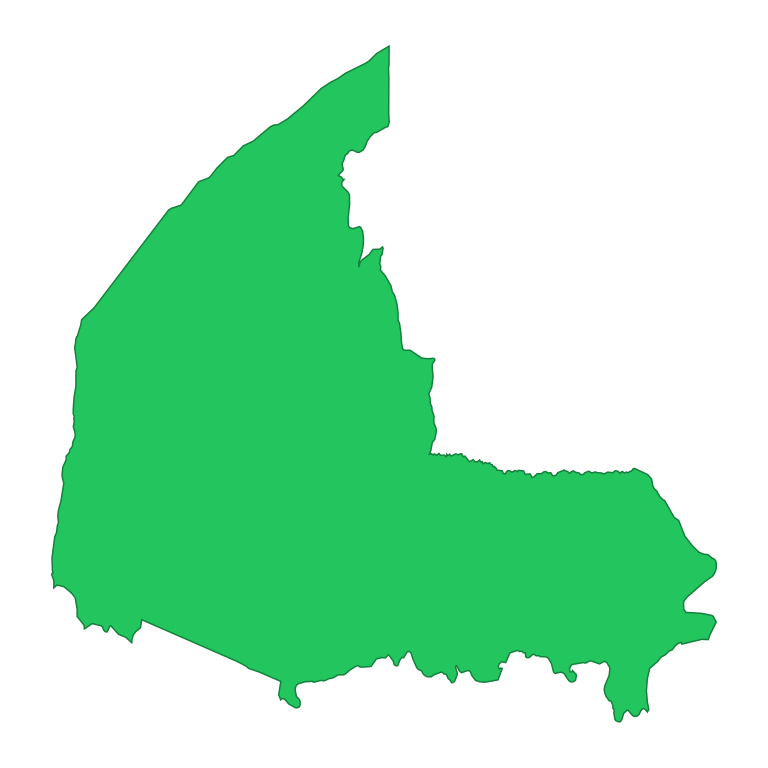 Bolomba, Équateur, Democratic Republic of the Congo
{"feature_id": "63176286B53001735211155", "entity_name": "Bolomba", "entity_type": "district", "adm_level": 2, "iso_a3": "COD", "parent_name": "Democratic Republic of the Congo", "parent_adm1": "Équateur", "projection": "equal_earth", "projection_center": [19.536, 0.592], "detail": "fine", "context": "isolated", "style": "filled", "palette": "green", "viewbox_px": 768, "rotation_deg": 0, "n_neighbors": 0, "source": "geoboundaries", "source_scale": "gbopen_adm2", "svg_char_len": 6066}
<svg xmlns="http://www.w3.org/2000/svg" viewBox="0 0 768 768"><path d="M389.1,46.1L376.8,53.4L368.9,61.1L365.7,63.2L345.7,73.1L337.9,78.5L330.7,82.2L321.4,88.3L303.3,105.9L287.0,119.3L278.1,124.6L273.3,125.2L269.5,127.4L253.2,141.2L243.3,145.8L233.8,155.5L227.9,157.2L226.3,158.6L216.9,168.1L210.6,176.2L208.6,178.0L198.7,181.7L181.2,205.1L171.4,208.3L168.5,210.2L94.1,307.8L81.6,319.7L80.8,324.9L77.2,336.6L76.7,336.6L75.8,339.3L75.4,344.3L74.6,347.0L77.2,367.2L76.0,370.6L75.9,386.3L74.1,397.1L73.3,408.3L73.2,413.5L74.3,416.8L73.8,418.6L74.2,421.9L73.3,426.7L75.0,432.5L75.2,435.3L74.8,437.8L73.0,441.5L72.3,446.5L70.1,449.3L69.1,452.8L66.2,456.1L66.1,460.0L62.9,467.0L62.1,473.7L62.3,477.5L63.8,483.1L60.9,501.3L58.4,510.4L57.8,516.7L58.5,522.4L57.3,526.0L56.5,532.8L54.8,536.4L52.0,558.1L52.4,570.4L53.1,573.0L52.2,573.1L51.7,574.7L53.9,580.6L53.8,587.8L57.1,585.0L64.1,586.8L71.5,593.1L75.2,597.7L77.2,609.8L77.1,616.4L84.1,625.3L84.4,628.9L92.2,623.6L100.9,625.7L102.3,626.7L103.7,630.1L105.1,631.6L107.1,632.0L109.8,626.3L111.0,625.9L118.4,634.2L126.1,637.5L131.7,642.7L132.0,639.3L133.3,634.9L135.6,631.8L140.5,627.8L141.7,619.7L237.5,661.6L246.2,666.2L248.8,668.5L259.2,672.0L280.8,681.4L278.7,694.8L280.7,699.8L281.7,698.7L283.5,698.7L285.1,699.6L288.8,704.0L295.1,707.6L296.9,707.9L299.5,706.8L300.1,704.4L300.2,702.0L299.4,699.6L296.4,696.5L295.1,689.9L295.5,687.2L296.7,684.9L298.3,683.8L304.9,681.8L312.5,681.3L313.5,682.3L321.5,680.3L323.2,680.9L325.9,680.2L328.8,678.7L333.0,677.9L338.1,674.9L343.6,674.8L345.3,674.0L350.0,669.9L356.4,666.0L358.3,665.6L359.7,666.9L362.5,667.1L371.0,666.5L376.5,658.8L382.0,657.6L385.5,657.9L388.1,655.0L389.0,655.1L393.4,661.4L394.3,664.9L396.8,665.9L397.6,665.7L400.1,659.6L402.0,657.5L403.7,657.7L407.2,651.9L409.1,651.4L410.8,652.5L413.2,659.7L416.5,667.1L418.2,669.3L421.7,671.0L423.1,673.9L425.2,675.8L427.6,676.8L431.5,676.8L433.1,675.2L441.1,672.1L442.7,672.6L443.6,673.8L446.4,674.5L448.2,678.6L450.2,680.2L451.5,682.6L452.7,682.6L454.6,681.4L457.0,675.3L457.3,673.2L455.6,667.4L455.8,666.0L456.8,665.7L458.9,670.1L460.3,671.9L461.7,672.7L467.2,670.7L469.4,670.8L470.3,671.7L471.9,675.6L475.5,680.4L479.8,681.8L485.2,682.2L498.0,679.9L502.2,668.5L500.9,668.0L499.5,669.1L498.6,667.9L498.4,666.0L499.3,663.7L501.7,661.8L505.7,662.6L509.9,652.9L517.6,650.4L519.4,651.5L521.5,651.2L523.2,652.6L525.4,653.0L525.6,656.6L526.9,657.7L529.6,657.4L532.5,654.6L534.0,654.3L536.1,655.8L538.7,655.7L540.5,656.7L545.7,656.8L548.0,657.8L551.4,663.4L553.5,671.8L555.1,673.5L560.7,672.1L563.8,673.2L568.8,680.6L570.9,682.0L573.4,681.7L575.5,680.3L576.5,674.8L572.5,670.5L572.1,671.8L570.4,671.9L569.7,670.6L569.6,668.8L570.3,666.5L572.0,664.5L583.2,662.6L585.7,663.1L589.4,661.0L591.0,660.9L599.5,663.9L603.9,661.6L605.4,661.6L606.9,662.7L609.6,667.3L609.8,669.8L609.1,675.6L604.9,685.6L604.2,689.5L604.9,693.5L606.0,696.2L609.0,700.6L611.1,701.3L612.9,705.4L612.9,708.3L614.3,710.2L613.8,712.6L614.9,719.3L615.8,720.6L617.5,721.5L620.0,721.9L620.6,721.4L621.8,719.5L623.7,713.4L627.0,710.2L628.2,710.4L632.7,715.7L634.6,716.4L637.4,716.0L639.2,714.2L640.6,711.2L642.4,708.9L643.6,708.6L645.0,709.2L647.4,712.0L648.8,709.4L647.4,702.4L646.4,690.7L647.4,678.4L649.7,668.4L657.7,661.4L661.3,656.9L665.0,655.0L669.0,651.2L672.2,649.8L675.8,645.2L678.9,643.1L681.2,642.4L681.8,644.1L702.0,639.3L708.2,639.6L709.8,635.1L716.2,622.1L713.3,616.5L712.0,615.5L702.1,613.4L686.0,612.4L683.8,609.3L683.5,603.1L684.0,601.1L687.0,597.1L704.8,581.6L712.6,576.1L714.3,573.6L716.1,569.1L716.3,563.5L715.7,561.0L714.6,559.3L712.4,558.3L708.0,554.7L703.0,554.0L699.0,552.2L692.7,546.2L684.9,536.2L678.7,520.5L674.0,517.2L664.7,500.6L662.7,499.5L659.0,495.7L659.0,494.6L658.2,494.1L657.1,491.5L654.1,488.4L652.9,486.1L651.6,479.1L647.7,474.6L634.7,468.5L633.3,468.6L631.4,471.3L629.8,471.4L628.4,472.7L626.0,472.1L624.7,473.2L622.4,471.5L621.6,471.6L620.4,473.4L617.8,471.2L615.2,470.7L612.9,472.7L607.7,472.1L604.3,473.9L600.7,472.8L597.3,472.8L595.5,471.9L591.8,473.0L588.7,471.2L584.7,472.8L583.4,474.4L580.4,474.6L579.4,473.1L575.4,472.2L573.2,470.8L570.7,472.2L570.7,472.9L568.9,473.1L567.6,471.4L565.5,471.1L564.3,470.0L557.8,472.7L556.0,475.2L554.1,475.9L552.6,475.7L550.8,472.7L547.6,473.0L546.0,471.5L543.7,471.9L541.8,473.5L537.0,473.8L534.2,476.8L532.1,477.4L530.0,473.9L525.2,474.4L523.6,470.9L518.3,470.3L517.2,471.6L515.2,470.5L511.8,472.3L509.8,470.9L507.7,470.6L506.1,472.4L505.6,473.8L503.2,473.4L502.2,470.7L496.7,470.1L496.5,468.8L494.4,466.5L493.1,466.7L492.2,464.8L490.7,464.3L489.8,462.9L487.1,463.4L485.3,462.4L483.1,463.7L482.1,461.6L480.9,462.3L479.6,460.0L477.1,461.9L474.7,461.7L473.3,459.6L469.5,461.7L464.9,456.1L463.0,456.7L461.8,453.9L460.3,453.8L458.8,454.8L455.6,453.9L451.3,456.0L449.5,454.2L447.9,455.4L446.8,454.3L446.3,456.6L445.8,456.7L444.5,455.2L440.5,455.2L438.9,453.4L436.7,455.2L434.4,453.9L433.1,455.0L431.5,453.7L429.4,454.2L430.7,451.0L432.3,442.6L434.7,439.4L436.4,431.5L435.9,427.8L433.8,422.6L434.0,416.1L432.0,410.2L431.9,407.1L430.3,403.4L430.0,397.5L428.7,394.0L431.7,387.3L433.1,376.7L432.2,367.7L432.5,363.7L434.9,360.1L434.6,359.0L433.7,358.4L426.9,358.7L421.6,358.0L410.0,350.2L404.8,350.3L402.7,349.2L401.5,342.6L401.0,333.9L399.5,323.2L398.1,320.6L398.0,312.2L396.9,303.8L394.7,295.5L392.3,291.7L391.0,285.9L385.5,276.2L380.3,269.9L380.8,266.8L379.8,264.1L380.5,256.4L382.0,254.7L383.1,248.2L382.5,246.9L379.6,249.2L373.0,249.4L369.3,254.4L362.2,259.8L360.2,262.2L358.7,267.3L358.6,263.3L361.9,252.7L363.4,244.2L363.4,237.8L362.7,231.4L360.6,227.3L359.5,226.6L352.8,228.7L349.5,227.5L348.5,225.8L348.1,218.4L349.6,204.5L349.5,195.0L347.8,191.9L342.2,186.4L341.7,184.5L341.9,182.1L344.1,179.4L342.7,179.2L341.6,177.3L338.2,175.4L343.0,170.4L343.2,169.2L342.0,164.0L343.8,160.2L345.2,155.2L347.3,153.8L349.4,151.0L350.7,150.3L353.5,150.4L357.1,152.3L359.0,152.4L363.0,150.1L365.2,146.7L367.0,141.6L369.6,137.4L374.2,132.6L376.6,132.4L385.7,127.2L387.9,126.6L389.2,122.1L388.7,113.7L388.9,77.6L388.5,68.6L389.0,65.3L389.1,46.1Z" fill="#22c55e" stroke="#15803d" stroke-width="1.5"/></svg>